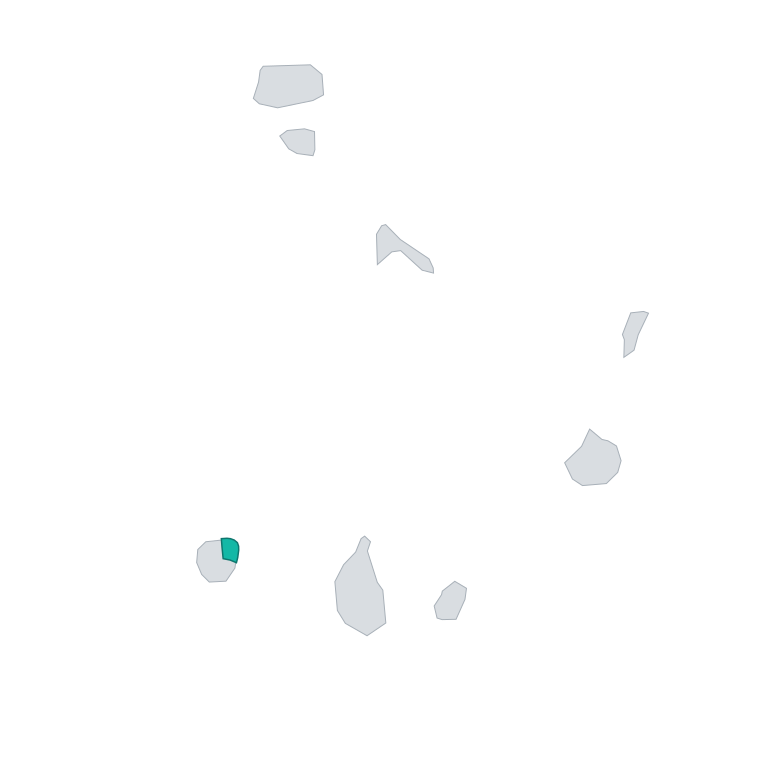 Mosteiros highlighted on a map of Cabo Verde, rotated 26°
{"feature_id": "CPV-5043", "entity_name": "Mosteiros", "entity_type": "state/province", "adm_level": 1, "iso_a3": "CPV", "parent_name": "Cabo Verde", "parent_adm1": "", "projection": "robinson", "projection_center": [-24.364, 14.995], "detail": "fine", "context": "in_parent", "style": "filled", "palette": "teal", "viewbox_px": 768, "rotation_deg": 26, "n_neighbors": 0, "source": "natural_earth", "source_scale": "10m", "svg_char_len": 1439}
<svg xmlns="http://www.w3.org/2000/svg" viewBox="0 0 768 768"><g transform="rotate(26 384 384)"><path d="M490.4,598.0L479.1,617.7L454.2,616.1L441.4,608.0L426.5,583.2L426.9,564.1L432.2,547.5L431.2,533.0L433.3,529.2L441.0,531.7L442.3,541.4L464.9,565.2L473.3,569.8L490.4,598.0ZM167.3,182.4L149.1,186.8L141.4,184.6L138.9,167.6L135.2,156.4L136.1,151.4L177.9,129.4L192.6,133.0L202.9,150.6L195.9,160.3L167.3,182.4ZM588.6,334.4L604.2,338.3L610.1,336.9L620.1,337.8L630.7,349.0L632.8,361.0L627.5,376.0L606.9,388.3L595.0,386.8L580.9,375.6L588.9,353.4L588.6,334.4ZM328.4,630.5L313.8,638.6L303.6,635.1L293.9,626.6L289.2,614.4L293.0,603.9L312.7,591.5L324.4,595.5L330.7,614.8L328.4,630.5ZM369.6,251.8L377.3,258.1L379.9,262.6L368.4,265.0L340.5,256.8L333.1,261.8L325.7,279.6L311.6,252.7L312.5,242.8L315.6,240.0L335.3,247.0L369.6,251.8ZM539.5,570.3L534.3,571.1L526.4,561.5L528.1,548.1L527.2,544.6L534.1,530.3L547.7,531.5L551.2,542.1L551.9,563.9L539.5,570.3ZM220.1,209.9L204.8,215.0L195.3,214.4L181.6,206.8L185.9,198.6L200.7,189.5L210.9,187.6L219.2,203.8L220.1,209.9ZM593.9,244.0L587.9,254.9L580.6,238.8L576.6,235.0L574.6,211.9L585.5,205.0L590.7,204.4L590.9,228.3L593.9,244.0Z" fill="#d9dde1" stroke="#a8b0b8" stroke-width="1"/><path d="M305.6,594.3L310.5,591.5L313.9,590.3L317.8,589.9L321.8,590.9L324.4,593.5L326.2,596.9L328.6,604.1L329.7,609.3L322.8,609.7L316.0,611.5L309.9,601.6L305.6,594.3Z" fill="#14b8a6" stroke="#0f766e" stroke-width="1.5"/></g></svg>